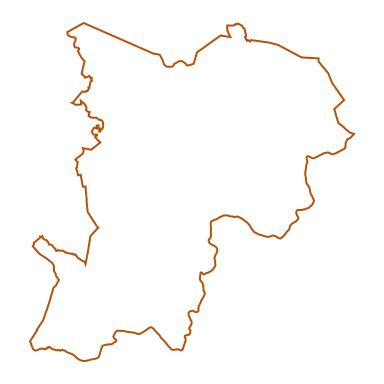 Santa Catarina, San Luis Potosí, Mexico
{"feature_id": "50627088B21714433224549", "entity_name": "Santa Catarina", "entity_type": "district", "adm_level": 2, "iso_a3": "MEX", "parent_name": "Mexico", "parent_adm1": "San Luis Potosí", "projection": "mercator", "projection_center": [-99.419, 21.575], "detail": "fine", "context": "isolated", "style": "outline", "palette": "amber", "viewbox_px": 384, "rotation_deg": 0, "n_neighbors": 0, "source": "geoboundaries", "source_scale": "gbopen_adm2", "svg_char_len": 5796}
<svg xmlns="http://www.w3.org/2000/svg" viewBox="0 0 384 384"><path d="M113.6,342.8L116.2,341.4L116.4,340.4L115.8,339.5L115.0,339.2L114.0,338.0L113.3,336.6L115.3,332.6L115.9,331.7L117.1,330.8L117.8,330.5L119.4,330.9L123.4,330.9L127.6,331.9L132.9,332.5L134.7,332.9L136.9,333.7L139.7,334.0L144.1,331.5L149.5,327.6L151.4,327.2L153.2,328.5L157.4,333.2L158.6,334.3L159.7,335.5L160.9,337.6L165.6,342.5L167.1,344.6L171.6,349.5L173.0,349.9L177.7,349.3L178.9,349.4L180.8,350.5L182.3,350.0L182.8,349.2L185.7,340.2L185.5,338.4L185.0,337.5L184.7,336.5L184.8,336.1L185.7,335.4L188.7,334.8L189.9,333.7L190.3,332.3L190.4,330.5L189.2,328.8L189.1,328.2L191.2,324.7L191.7,322.5L191.2,320.5L190.6,319.9L190.1,318.3L188.8,315.8L188.6,314.5L188.7,312.5L189.4,311.7L191.9,310.8L193.2,310.8L194.7,311.7L196.4,312.2L197.0,312.1L198.4,310.9L198.6,309.8L198.3,308.2L198.9,305.9L200.7,302.3L201.1,300.9L204.0,296.0L205.0,293.3L203.6,290.6L203.5,287.7L202.6,283.3L202.0,282.3L200.8,281.1L200.0,279.5L199.9,278.4L200.6,272.6L201.4,272.4L201.9,272.7L203.3,274.3L203.7,274.4L204.2,274.4L206.0,273.2L208.5,272.5L211.1,271.0L213.0,269.5L215.0,266.3L215.4,265.4L215.0,260.9L214.4,258.0L215.5,255.0L216.9,252.4L217.3,251.2L217.2,249.1L216.4,247.6L215.7,246.7L209.9,243.6L209.4,243.0L208.7,241.0L208.7,239.8L210.4,237.8L211.0,235.8L210.8,231.8L211.0,230.5L210.9,227.8L210.7,224.8L210.9,222.4L211.4,221.3L214.6,219.8L216.8,219.1L219.9,217.2L223.7,215.5L227.2,215.4L230.5,216.4L232.6,216.5L233.9,217.0L237.6,216.5L241.6,218.4L246.6,222.1L249.3,224.8L251.7,228.9L254.4,232.2L260.3,235.1L262.0,235.3L265.6,236.5L267.5,236.9L269.9,236.6L271.7,235.7L272.9,235.5L275.9,236.4L278.3,237.9L280.2,238.5L282.7,237.0L283.0,236.4L285.4,234.0L286.7,231.9L289.2,229.4L290.3,225.6L292.0,223.6L296.0,221.4L298.1,219.2L298.4,218.7L298.2,217.2L296.8,215.2L296.2,212.4L296.4,211.5L297.2,210.2L298.0,209.9L300.2,210.2L300.8,209.9L302.4,210.0L302.9,209.5L304.5,209.4L306.0,208.8L306.3,208.5L308.2,208.2L309.4,207.3L310.2,206.3L311.1,205.8L312.4,204.5L313.4,202.5L313.8,201.0L313.7,199.8L312.7,197.8L312.4,196.6L311.1,194.6L310.4,192.7L309.3,187.4L307.1,184.3L306.3,182.5L306.1,181.3L306.1,179.4L305.3,174.8L305.3,172.4L305.8,168.9L306.3,167.0L306.1,166.1L307.4,161.5L306.4,157.9L307.0,156.5L308.3,156.2L311.4,157.8L313.8,158.4L323.8,153.3L328.0,152.4L332.5,154.4L336.0,153.2L344.4,148.8L345.4,147.1L345.7,142.7L347.3,139.4L350.5,137.8L354.0,134.0L349.4,132.3L344.6,128.2L344.2,127.5L338.3,123.0L334.3,109.1L344.1,100.1L332.1,82.9L328.2,73.2L318.5,61.5L318.6,58.4L301.5,57.4L278.3,45.0L268.7,42.5L251.1,40.1L250.0,41.6L248.1,40.1L247.8,40.1L247.0,40.7L246.7,39.8L245.9,39.4L245.9,38.6L245.2,37.2L245.1,36.7L246.1,36.1L246.1,35.6L244.4,28.6L243.6,28.3L241.8,25.5L241.5,25.6L238.0,23.5L236.7,24.3L236.4,24.3L236.2,23.9L235.6,24.0L234.7,24.6L234.4,25.3L233.6,25.5L227.2,25.5L227.3,30.5L230.4,37.1L220.6,35.5L197.0,52.4L193.7,63.7L189.1,65.3L186.8,65.4L186.3,64.8L186.1,64.1L182.4,61.2L179.4,61.1L174.1,64.1L173.4,65.6L172.9,66.2L170.9,66.9L166.7,66.6L164.1,64.6L162.3,59.4L159.7,54.7L153.4,53.6L83.7,23.0L67.4,32.1L67.4,33.5L67.8,34.7L68.4,35.5L70.7,36.8L75.3,37.7L75.7,38.3L75.5,40.3L74.0,44.3L74.2,45.9L75.2,47.5L77.8,47.6L78.9,48.5L79.2,49.3L77.9,50.9L78.5,51.9L79.1,53.8L80.1,55.0L81.1,57.2L84.6,61.3L82.8,68.2L81.7,73.8L81.9,74.3L84.7,76.4L84.9,77.6L86.9,77.2L89.5,75.9L90.4,78.1L91.6,77.9L92.0,78.1L91.4,79.6L91.9,80.9L90.6,81.3L89.4,87.2L88.6,87.2L88.4,87.5L89.1,88.3L87.9,89.8L88.0,90.4L87.4,90.9L86.3,91.0L86.3,91.6L84.4,91.8L82.1,91.5L73.2,102.4L72.0,102.8L75.9,104.8L80.7,104.6L81.2,104.4L80.8,100.9L81.0,101.1L81.4,101.6L83.2,102.7L83.4,103.2L84.3,103.7L85.0,105.1L85.8,105.7L86.4,107.9L86.4,109.0L86.1,109.8L86.2,110.5L87.7,111.4L89.6,112.0L89.3,113.1L88.7,113.4L89.1,114.4L89.0,115.4L88.6,115.9L88.8,116.3L92.0,117.8L93.9,117.6L94.1,117.8L96.3,117.7L99.2,119.9L100.7,119.8L102.5,121.2L102.8,122.0L103.2,124.8L103.1,127.1L102.1,129.1L101.0,129.2L100.2,131.7L99.3,131.7L99.6,128.3L97.7,128.6L98.6,125.4L97.5,125.2L96.8,125.6L96.1,128.1L94.2,127.7L91.8,131.4L92.8,133.7L94.0,134.7L97.1,134.6L97.2,135.5L95.9,135.7L95.6,137.2L95.2,137.3L96.7,139.1L100.3,142.5L91.2,149.7L82.8,148.1L83.6,150.9L82.9,153.5L75.3,159.7L77.8,162.4L77.3,164.6L77.1,167.0L76.4,167.5L76.1,168.5L77.1,170.8L78.2,175.3L80.7,174.7L82.8,186.6L85.5,186.5L86.3,196.1L86.8,199.9L86.5,200.4L87.7,212.1L97.4,227.1L98.3,227.6L90.4,236.1L87.9,251.9L85.5,264.1L84.6,261.7L82.6,261.0L77.4,257.4L76.8,256.5L76.6,255.8L75.9,255.5L75.7,254.6L75.3,254.3L74.4,254.7L73.9,254.4L73.7,254.6L72.4,254.0L72.0,253.5L70.3,253.8L69.5,253.4L67.4,253.1L66.7,252.6L66.1,252.7L65.4,252.6L64.8,251.7L62.2,250.5L61.4,250.8L59.4,250.6L58.5,250.0L56.9,250.9L56.3,250.8L56.3,250.5L55.5,250.0L55.4,248.8L53.4,247.3L53.3,246.5L52.3,245.6L50.8,244.5L49.6,244.4L49.3,244.7L49.0,244.5L48.9,243.7L48.5,243.4L48.1,241.9L47.4,241.5L46.7,240.3L43.5,239.1L42.3,236.2L41.6,236.9L40.1,236.5L40.3,237.5L35.4,241.6L33.9,242.5L33.8,243.1L34.1,244.2L32.7,246.1L35.7,249.6L39.7,254.0L47.0,258.8L52.0,262.8L53.1,264.4L53.9,265.8L54.0,271.0L55.7,273.8L55.9,275.7L58.9,280.0L55.9,285.6L53.5,287.7L49.0,303.2L43.2,320.2L36.8,329.9L37.2,330.2L30.0,341.4L31.5,344.3L31.3,345.4L32.3,346.9L32.4,347.6L33.7,349.6L34.6,350.3L35.6,350.6L37.0,350.3L40.0,348.9L41.4,348.7L42.2,348.4L44.1,349.3L44.8,349.0L45.2,349.2L45.9,349.0L46.3,348.8L46.8,348.0L47.5,348.1L48.1,347.8L48.1,347.4L48.3,347.1L48.8,347.3L49.5,347.0L52.1,349.0L53.3,349.4L53.6,349.3L55.2,350.0L56.8,350.3L57.6,350.3L58.0,350.0L59.3,350.1L59.7,350.5L60.3,350.7L60.6,350.3L62.4,349.8L63.5,350.4L64.4,350.4L67.1,352.2L73.0,354.5L77.9,358.8L80.2,360.1L82.2,360.8L84.1,361.0L85.5,360.9L89.3,360.2L91.8,359.3L93.0,359.3L95.7,358.6L97.9,357.7L98.9,356.7L102.0,346.9L102.5,345.9L102.9,345.6L107.0,344.5L111.6,344.3L113.6,342.8Z" fill="none" stroke="#b45309" stroke-width="2"/></svg>